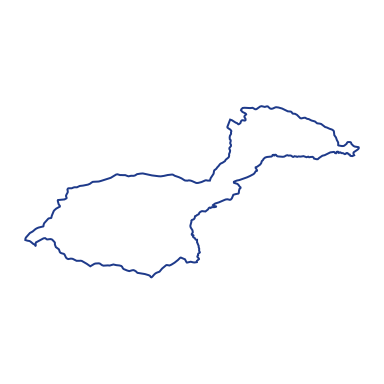 Pueblorrico, Antioquia, Colombia (Robinson projection), rotated 89°
{"feature_id": "7082276B28437214544786", "entity_name": "Pueblorrico", "entity_type": "district", "adm_level": 2, "iso_a3": "COL", "parent_name": "Colombia", "parent_adm1": "Antioquia", "projection": "robinson", "projection_center": [-75.868, 5.82], "detail": "fine", "context": "isolated", "style": "outline", "palette": "blue", "viewbox_px": 384, "rotation_deg": 89, "n_neighbors": 0, "source": "geoboundaries", "source_scale": "gbopen_adm2", "svg_char_len": 6057}
<svg xmlns="http://www.w3.org/2000/svg" viewBox="0 0 384 384"><g transform="rotate(89 192 192)"><path d="M158.1,29.2L156.6,29.9L155.4,29.8L155.0,29.5L152.6,25.8L151.8,24.9L151.1,24.5L150.5,24.5L150.1,24.7L149.4,28.5L148.8,29.7L146.8,31.7L145.3,32.2L144.8,33.2L144.8,34.9L144.9,35.5L145.2,35.9L146.6,36.7L148.3,38.9L148.6,39.6L148.7,41.2L148.0,44.7L147.8,45.0L147.3,45.0L145.0,45.0L142.5,46.3L140.0,47.1L137.7,48.7L133.7,49.1L132.9,49.7L132.0,51.0L131.2,53.3L129.8,56.2L129.4,57.7L126.3,61.6L125.9,62.9L125.5,65.7L123.6,67.9L122.6,71.3L121.1,74.1L120.9,75.5L119.7,77.7L119.8,79.0L120.3,81.3L120.1,82.4L116.7,85.7L115.6,87.7L115.4,89.8L115.2,90.1L113.7,91.2L113.3,91.9L113.0,94.8L110.1,100.5L109.0,104.2L108.7,106.3L108.8,107.1L110.0,109.9L110.2,111.2L110.0,112.1L109.7,112.7L107.7,114.8L107.7,115.9L108.2,117.7L107.4,120.9L107.7,122.3L110.2,126.0L110.4,126.7L110.3,127.5L108.9,129.9L109.1,132.4L108.7,138.1L108.9,139.9L110.1,141.2L111.1,141.6L112.8,140.2L114.3,137.3L115.0,136.6L115.4,136.5L116.1,137.4L117.1,138.2L117.6,138.3L118.1,138.2L119.9,137.2L121.0,137.2L121.4,137.6L121.5,138.3L121.1,140.1L121.3,141.0L122.2,141.8L123.9,142.4L124.7,143.4L125.1,144.2L125.0,144.6L123.9,145.8L123.4,147.1L120.9,150.9L120.3,152.6L127.5,155.5L128.2,155.4L129.0,154.5L130.3,152.6L131.2,151.9L131.8,151.6L133.1,152.0L134.5,151.9L136.5,153.1L138.0,153.4L139.8,153.3L140.9,152.4L142.2,152.5L143.7,153.0L144.2,152.9L145.6,152.2L146.1,152.2L146.8,152.3L148.6,153.8L149.0,153.9L149.9,153.8L150.9,153.2L151.6,153.2L152.7,153.4L154.8,154.3L156.1,154.2L157.5,154.5L158.2,155.0L160.3,157.7L161.7,158.5L163.3,161.0L163.9,162.5L164.7,163.6L166.5,165.0L167.8,166.3L169.2,167.3L170.7,169.3L171.4,169.6L174.1,170.1L178.5,173.1L180.9,173.9L180.9,176.0L180.5,177.8L180.7,178.7L182.2,182.3L183.0,185.6L183.1,187.0L182.9,187.9L181.2,191.5L180.6,193.1L180.3,194.9L180.6,196.4L180.4,198.7L180.0,199.5L178.2,202.2L176.9,205.0L175.5,208.9L174.3,210.9L174.2,211.7L174.6,216.0L175.4,219.8L175.8,222.9L175.7,224.8L174.7,231.8L172.6,240.8L172.7,243.1L173.2,246.6L174.4,248.6L174.8,250.0L174.7,252.6L175.2,255.1L175.1,255.6L174.0,258.4L173.8,263.7L173.0,266.2L173.2,267.5L176.4,273.0L179.4,283.0L179.9,285.1L180.1,290.9L180.7,292.1L182.0,293.9L182.8,295.9L183.7,300.9L184.0,304.1L185.3,307.0L185.2,309.4L185.5,310.6L186.0,311.7L186.2,312.7L186.1,314.8L186.2,315.6L186.5,316.1L187.4,316.5L189.0,316.2L190.3,316.3L192.1,317.4L193.4,318.0L194.1,318.0L195.4,317.5L196.1,317.6L197.2,319.6L197.7,326.1L198.4,326.4L200.9,325.8L202.0,325.5L203.5,324.4L204.3,324.4L206.2,328.0L207.8,329.9L208.7,330.6L213.3,332.6L215.3,333.1L215.5,333.3L215.9,335.7L216.2,336.2L220.6,340.3L222.0,340.9L223.5,341.1L223.8,341.3L224.9,346.1L225.5,347.6L226.3,349.1L228.7,352.0L230.2,354.8L234.7,358.9L235.9,359.4L237.1,359.5L237.8,357.4L238.2,355.3L238.8,354.3L241.3,351.4L241.8,350.1L242.6,349.8L242.9,349.6L243.0,349.4L242.4,349.1L241.1,349.4L239.7,348.9L235.8,341.4L235.6,340.4L235.6,339.6L236.8,338.0L236.9,337.3L236.6,334.6L236.8,333.5L237.2,332.6L239.6,330.4L240.3,330.0L242.1,330.0L244.7,329.1L246.9,326.2L247.5,325.9L249.7,325.2L250.5,324.5L251.0,323.4L251.6,321.3L252.2,320.6L255.4,319.1L256.3,318.2L256.9,317.0L256.5,314.3L256.6,313.2L256.8,312.4L258.8,308.6L258.8,304.4L259.0,303.4L262.0,298.4L264.5,295.0L262.1,290.8L261.8,289.5L261.7,286.7L261.9,285.5L263.6,283.2L264.1,281.8L263.9,277.5L264.1,275.6L263.1,271.9L263.8,269.0L264.2,265.8L264.7,264.1L265.5,263.2L266.8,262.6L267.8,261.8L269.4,258.1L270.0,256.1L269.2,253.1L269.1,251.9L269.5,250.8L270.5,249.3L271.5,248.4L271.9,247.8L273.2,240.6L274.4,236.8L275.0,235.6L276.4,234.6L276.6,234.1L276.5,233.8L275.8,233.0L273.9,231.3L272.7,229.9L272.0,228.5L271.1,225.9L268.0,223.2L264.8,219.2L264.6,218.6L264.7,217.7L265.1,215.8L264.3,213.9L262.4,210.7L259.8,207.3L257.6,205.0L257.4,204.6L257.4,204.2L259.2,200.2L261.0,199.3L262.4,198.5L262.5,198.2L261.7,194.5L262.4,191.9L262.5,190.5L262.2,188.4L261.6,188.5L261.0,188.3L259.2,186.2L258.6,186.3L257.0,187.7L256.7,187.8L256.1,187.6L255.5,187.0L254.6,187.1L253.7,186.8L252.9,185.5L252.4,185.2L251.0,185.9L248.7,185.8L247.3,186.3L245.9,186.3L244.2,187.1L243.5,187.2L242.6,187.8L240.0,187.8L239.9,187.8L239.9,188.4L239.6,189.2L238.2,190.0L237.2,191.5L236.7,191.7L236.1,191.9L235.6,191.3L235.3,191.4L234.9,192.0L234.8,192.9L234.6,193.0L233.8,192.9L232.6,192.0L232.2,191.9L230.3,192.2L227.5,193.9L226.4,194.2L225.5,194.2L221.7,193.1L220.6,193.1L220.0,192.6L219.4,190.9L218.9,190.3L217.9,189.7L216.6,189.5L216.1,189.2L215.8,188.1L215.0,187.2L214.4,185.7L212.9,185.0L212.0,184.0L211.3,182.4L211.7,178.9L209.6,176.2L208.5,175.6L207.9,174.8L207.9,174.4L208.3,173.6L207.6,172.8L207.5,169.5L207.2,168.3L206.9,168.2L206.7,168.4L206.4,170.0L206.0,170.8L205.5,171.3L205.4,171.2L203.9,169.0L202.9,165.5L200.3,159.1L200.0,158.1L199.9,156.6L200.5,154.2L200.1,153.2L199.1,152.3L195.5,150.7L194.9,148.5L194.4,145.7L193.7,145.2L191.7,145.0L189.8,144.5L189.2,143.7L188.8,143.4L188.2,143.4L187.4,144.3L186.1,145.1L184.7,146.4L183.6,149.8L182.9,150.0L182.5,149.9L182.1,149.0L181.3,146.8L180.9,144.5L178.3,136.7L177.0,133.7L175.2,130.2L174.4,129.3L172.3,127.9L172.1,126.9L171.8,126.6L170.9,126.8L169.0,128.0L168.4,127.9L167.8,126.3L165.7,123.3L164.3,122.3L162.4,121.7L161.3,120.5L160.1,119.8L158.8,118.2L158.3,116.4L157.9,111.9L157.1,110.9L156.4,110.7L156.3,109.9L156.7,109.7L156.9,109.1L156.9,108.9L156.3,108.6L156.2,107.8L156.5,107.2L157.4,106.6L157.9,105.6L158.4,100.6L158.2,99.1L157.1,97.1L156.9,95.9L157.3,94.9L157.2,93.2L157.5,92.1L158.5,90.8L158.7,90.3L158.6,89.9L158.0,88.9L158.2,88.3L158.2,87.3L158.5,86.9L158.7,86.1L158.3,85.1L158.5,82.7L158.1,79.9L159.2,76.9L158.7,75.2L159.3,74.3L159.0,72.4L159.0,70.8L159.6,69.9L160.7,69.4L161.4,66.9L161.4,65.7L160.1,64.2L158.0,61.0L157.5,58.7L154.8,53.0L154.4,49.5L154.6,49.0L155.6,48.2L155.8,47.3L155.3,46.8L154.4,46.6L154.2,45.5L154.5,44.9L155.1,44.9L155.5,44.5L155.1,43.5L155.0,42.8L155.7,42.0L155.8,40.4L156.8,38.5L156.6,37.7L155.8,37.0L155.8,36.0L156.0,35.6L157.1,34.7L157.2,33.8L157.4,33.6L158.4,33.2L158.7,32.7L158.9,31.0L158.1,29.2Z" fill="none" stroke="#1e3a8a" stroke-width="2"/></g></svg>